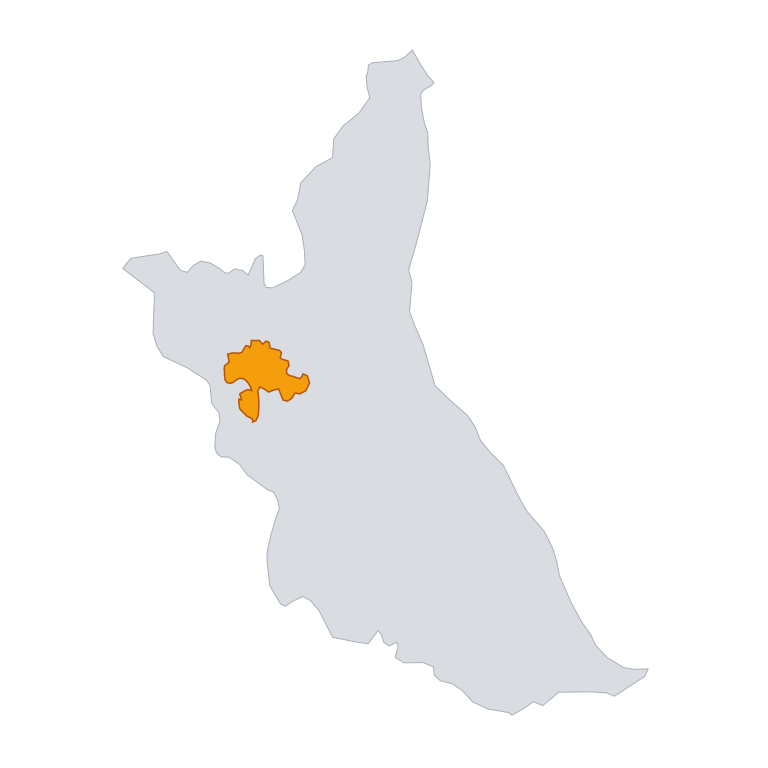 Anenii Noi on a map of Moldova (orthographic projection), rotated 179°
{"feature_id": "MDA-1629", "entity_name": "Anenii Noi", "entity_type": "District", "adm_level": 1, "iso_a3": "MDA", "parent_name": "Moldova", "parent_adm1": "", "projection": "orthographic", "projection_center": [29.256, 46.95], "detail": "fine", "context": "in_parent", "style": "filled", "palette": "amber", "viewbox_px": 768, "rotation_deg": 179, "n_neighbors": 0, "source": "natural_earth", "source_scale": "10m", "svg_char_len": 3116}
<svg xmlns="http://www.w3.org/2000/svg" viewBox="0 0 768 768"><g transform="rotate(179 384 384)"><path d="M124.9,94.6L128.3,87.2L159.1,67.8L166.8,71.3L182.5,72.6L214.6,72.8L230.8,59.7L240.4,63.7L248.5,57.9L261.9,50.6L263.8,52.2L265.5,53.4L285.9,57.2L301.1,64.8L311.2,76.2L321.7,83.4L332.7,86.2L338.6,91.9L339.7,100.5L350.0,104.8L369.3,104.9L377.5,110.6L374.4,121.9L376.3,125.7L383.3,121.9L388.4,125.3L391.1,133.7L394.2,137.7L404.2,124.7L414.6,126.1L439.8,131.7L453.2,159.0L461.6,168.9L469.0,172.9L478.3,168.7L486.6,163.6L491.4,166.0L501.6,184.1L503.9,207.7L503.9,217.2L500.2,233.2L495.0,250.3L490.8,261.4L492.6,270.4L496.3,277.8L502.3,280.3L522.2,295.4L529.6,305.9L540.3,313.6L548.5,314.0L552.8,318.4L554.3,323.7L553.3,337.1L548.7,349.8L549.3,357.9L556.6,367.5L557.4,378.6L558.0,385.8L561.9,391.3L580.2,403.5L604.1,415.2L610.2,425.4L614.0,438.3L613.0,460.0L611.6,478.9L643.1,504.0L639.6,508.8L634.9,514.1L604.9,518.2L598.8,520.4L585.7,501.3L578.8,499.0L572.5,506.0L565.0,510.0L555.9,508.1L546.2,502.2L541.3,498.0L537.3,497.5L531.3,501.7L523.2,499.9L518.0,495.2L510.4,511.5L505.7,514.9L502.8,514.4L502.2,486.8L500.0,482.6L494.0,482.0L479.4,488.5L465.5,496.9L460.8,504.5L461.2,518.1L463.2,534.3L472.6,558.9L467.3,569.6L463.6,586.7L448.5,602.3L431.5,611.3L429.9,630.0L420.4,642.7L404.2,655.4L393.2,670.6L395.8,681.2L396.4,691.2L394.5,697.9L394.0,703.2L389.7,705.4L364.9,707.1L357.9,710.2L349.7,717.4L342.2,703.4L334.6,691.2L328.9,684.5L331.4,681.5L337.7,678.2L342.2,674.1L341.8,659.6L338.8,642.9L335.9,634.8L335.8,622.2L334.0,602.5L337.5,566.0L350.3,520.3L357.4,497.6L354.3,485.1L357.2,455.9L352.1,441.5L344.2,422.5L333.0,381.4L318.6,366.9L300.9,351.0L293.4,339.0L288.5,325.9L278.1,312.7L266.1,300.6L252.1,270.6L244.9,257.0L242.6,253.3L226.4,233.9L218.1,216.5L214.1,202.3L211.9,189.1L201.0,163.0L191.0,143.3L181.4,129.2L177.1,119.3L165.8,106.7L149.4,96.3L138.7,94.3L124.9,94.6Z" fill="#d9dde1" stroke="#a8b0b8" stroke-width="1"/><path d="M508.2,383.2L510.3,379.1L509.6,372.8L509.5,363.8L510.2,354.9L512.6,349.7L516.0,348.2L515.8,349.7L516.4,351.2L517.0,351.6L517.9,352.4L521.5,354.2L526.7,359.5L527.8,360.7L528.8,362.4L529.5,368.8L529.2,371.6L527.7,370.7L526.7,370.7L527.5,374.0L528.2,375.4L528.8,375.2L528.7,375.3L528.0,377.0L527.7,377.4L527.1,377.3L523.3,379.7L520.9,380.5L518.5,380.5L516.4,379.7L517.6,383.5L519.6,387.1L522.0,390.0L522.5,390.3L524.6,391.8L528.5,392.2L531.7,390.6L534.5,388.4L537.5,387.3L541.1,388.2L541.1,388.3L541.4,388.7L542.8,390.8L543.3,394.8L543.3,400.1L543.6,402.2L543.0,404.9L538.4,408.9L539.8,416.6L535.9,417.5L532.1,417.7L528.8,417.2L525.6,418.1L521.5,424.7L519.4,424.5L517.5,422.6L516.5,425.2L515.8,430.0L512.0,429.6L507.9,429.8L504.7,425.8L501.1,429.0L498.1,427.6L497.3,421.9L487.9,419.4L486.1,417.3L486.4,415.2L487.4,412.0L485.3,410.5L479.6,408.7L478.6,404.0L480.9,400.9L481.4,396.7L478.3,394.0L474.5,393.2L471.1,391.7L467.8,390.9L466.1,392.8L464.7,395.5L460.5,393.5L458.4,386.4L462.3,378.6L468.4,375.6L470.9,376.2L473.4,376.3L476.4,371.3L480.7,368.6L485.2,369.7L489.5,380.9L494.4,379.9L499.5,377.9L503.6,381.0L508.2,383.2Z" fill="#f59e0b" stroke="#b45309" stroke-width="1.5"/></g></svg>